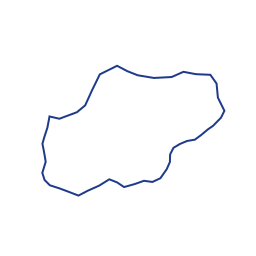 Orga, Cyprus (Albers equal-area conic projection), rotated 140°
{"feature_id": "46923920B94328330432967", "entity_name": "Orga", "entity_type": "district", "adm_level": 2, "iso_a3": "CYP", "parent_name": "Cyprus", "parent_adm1": "", "projection": "albers", "projection_center": [33.031, 35.359], "detail": "fine", "context": "isolated", "style": "outline", "palette": "blue", "viewbox_px": 256, "rotation_deg": 140, "n_neighbors": 0, "source": "geoboundaries", "source_scale": "gbopen_adm2", "svg_char_len": 729}
<svg xmlns="http://www.w3.org/2000/svg" viewBox="0 0 256 256"><g transform="rotate(140 128 128)"><path d="M180.7,187.3L189.5,180.1L198.6,174.4L203.7,170.9L206.5,165.8L209.4,160.7L212.8,155.0L222.5,148.7L225.3,141.8L224.7,134.4L219.0,125.3L214.5,117.3L209.4,108.1L199.1,105.8L187.2,102.4L175.3,100.7L171.3,93.3L169.0,85.3L158.8,80.7L149.7,77.3L144.0,71.0L135.5,68.7L124.7,71.6L117.8,75.0L112.7,80.7L105.9,83.6L98.5,82.4L91.1,80.1L84.3,76.1L76.3,75.6L67.8,75.6L61.6,75.0L50.2,76.1L43.1,79.2L39.6,93.5L31.6,105.1L30.7,115.8L41.4,125.6L49.4,135.4L61.8,139.0L76.0,149.7L86.7,162.2L92.0,172.0L96.4,182.7L115.1,187.2L131.1,180.1L146.2,172.9L156.9,172.9L174.6,179.2L180.7,187.3Z" fill="none" stroke="#1e3a8a" stroke-width="2"/></g></svg>